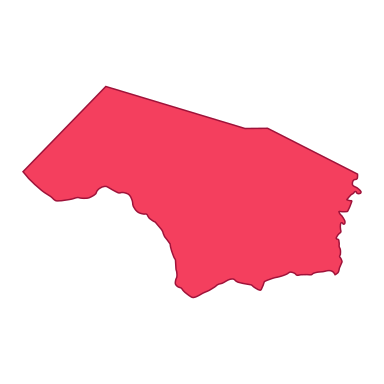 outline of Virginia, Lempira, Honduras
{"feature_id": "27666195B15958478050102", "entity_name": "Virginia", "entity_type": "district", "adm_level": 2, "iso_a3": "HND", "parent_name": "Honduras", "parent_adm1": "Lempira", "projection": "albers", "projection_center": [-88.553, 14.007], "detail": "fine", "context": "isolated", "style": "filled", "palette": "rose", "viewbox_px": 384, "rotation_deg": 0, "n_neighbors": 0, "source": "geoboundaries", "source_scale": "gbopen_adm2", "svg_char_len": 6023}
<svg xmlns="http://www.w3.org/2000/svg" viewBox="0 0 384 384"><path d="M105.8,86.5L23.0,171.7L27.3,176.8L28.6,178.4L29.6,179.4L32.6,182.3L34.7,184.4L36.7,186.1L40.1,189.1L41.0,189.9L42.0,190.7L44.4,192.5L49.9,196.0L50.8,196.6L52.2,197.8L53.9,199.5L54.5,199.9L55.2,200.4L55.8,200.7L56.4,200.8L57.1,200.9L59.4,200.8L61.6,200.7L64.9,200.2L69.0,199.6L71.1,199.2L72.1,199.0L73.8,198.5L75.6,197.9L76.5,197.7L77.2,197.6L77.8,197.5L78.2,197.6L78.7,197.6L80.1,198.0L80.9,198.1L81.8,198.2L83.1,198.3L84.7,198.3L86.9,198.2L87.7,198.1L88.6,197.9L89.3,197.7L89.9,197.4L91.0,196.9L92.3,196.2L93.7,195.4L94.5,194.8L95.1,194.3L95.7,193.8L96.0,193.4L96.1,193.0L96.4,192.3L96.6,191.8L96.9,191.1L97.3,190.6L97.8,190.0L98.4,189.3L98.9,188.9L99.6,188.4L100.8,187.7L101.9,187.1L102.5,186.9L103.4,186.7L104.1,186.5L104.9,186.4L105.5,186.4L106.0,186.4L106.5,186.5L107.0,186.7L108.3,187.4L112.2,189.7L116.1,191.8L118.2,192.8L118.8,192.9L119.4,192.9L120.1,192.9L121.0,192.6L121.8,192.5L122.9,192.5L123.8,192.6L125.1,192.9L126.4,193.3L127.6,193.8L128.1,194.0L128.5,194.3L129.2,194.9L129.6,195.3L130.1,196.0L130.7,196.9L131.2,198.0L131.8,199.4L132.3,200.9L132.6,202.4L132.8,204.5L133.0,205.2L133.2,206.0L133.8,207.2L134.5,208.3L135.3,209.6L136.0,210.4L137.0,211.4L138.0,212.2L138.9,212.7L140.1,213.2L141.4,213.6L143.3,214.0L144.1,214.1L145.2,214.0L145.8,214.0L146.5,214.2L146.9,214.4L147.1,214.6L147.3,214.9L147.5,215.2L147.7,215.8L148.2,216.6L148.8,217.6L149.3,218.2L150.0,218.8L152.2,220.4L153.6,221.3L154.9,221.9L155.3,222.2L155.5,222.4L156.2,223.2L157.7,225.0L160.5,228.3L161.4,229.4L162.0,230.3L162.4,231.0L162.6,231.5L162.9,232.1L163.2,233.3L163.5,234.1L164.1,235.5L164.6,236.6L165.1,237.3L167.2,239.9L169.5,243.1L169.9,243.6L170.1,243.9L170.2,244.6L170.4,246.1L170.6,247.2L171.5,250.5L172.0,252.0L172.6,253.7L173.8,256.9L174.4,258.1L175.1,259.2L175.4,259.7L175.5,260.6L175.7,264.1L176.0,269.0L176.1,269.7L176.6,271.4L176.8,272.6L176.9,273.8L177.0,275.0L176.9,276.2L176.8,277.2L176.6,277.7L176.1,278.8L175.8,279.6L175.6,280.5L175.4,281.6L175.3,282.5L175.3,283.1L175.4,283.9L175.6,284.4L175.9,284.9L176.5,285.6L177.1,286.2L177.8,286.7L178.3,287.0L178.8,287.2L179.3,287.4L180.1,287.6L180.5,287.7L180.9,287.9L181.3,288.2L182.0,288.9L182.9,290.2L183.5,290.9L184.9,292.3L187.3,294.2L189.3,295.7L190.4,296.4L191.5,297.1L192.4,297.4L193.1,297.5L193.5,297.5L194.0,297.4L195.2,297.1L195.8,296.9L197.4,296.2L199.5,295.1L201.7,293.8L202.8,293.2L204.5,292.4L207.4,291.2L208.9,290.5L210.0,289.9L212.6,288.3L214.5,287.1L215.5,286.4L216.5,285.5L217.1,285.0L218.2,284.4L218.6,284.2L219.2,284.0L221.0,283.6L222.3,283.2L223.9,282.4L226.1,281.1L227.7,280.2L228.6,279.8L229.4,279.5L230.4,279.2L231.1,279.1L232.0,279.0L232.8,279.0L233.4,279.1L233.9,279.3L234.4,279.6L234.8,279.9L235.6,280.8L236.5,281.4L237.2,281.8L238.0,282.2L242.9,283.4L251.4,284.9L251.8,285.2L252.9,286.2L253.7,286.9L255.5,288.1L257.4,289.2L258.1,289.6L258.8,289.8L259.7,290.1L260.3,290.2L260.6,290.1L260.9,289.9L261.1,289.6L261.4,289.2L262.3,287.1L263.2,285.1L263.6,283.8L264.1,282.2L264.3,281.9L264.5,281.6L264.9,281.3L266.9,280.4L268.2,279.9L271.8,278.6L273.3,278.1L275.1,277.6L277.7,277.1L279.7,276.6L281.1,276.2L282.7,275.7L285.1,274.8L286.7,274.1L287.6,273.6L288.8,272.7L289.4,272.4L290.0,272.1L290.6,272.1L291.6,272.2L293.1,272.6L294.0,273.0L294.6,273.3L295.2,273.7L295.7,274.2L296.2,274.8L296.5,275.0L297.0,275.2L297.6,275.3L298.5,275.2L300.4,274.8L301.2,274.7L301.9,274.7L307.1,274.6L309.9,274.8L311.1,274.8L311.5,274.6L311.8,274.5L312.1,274.3L312.8,273.7L313.2,273.4L313.7,273.2L315.2,272.7L316.5,272.4L317.4,272.2L318.2,272.1L321.4,271.8L322.8,271.7L323.9,271.5L326.4,270.9L327.4,270.7L328.3,270.6L329.5,270.6L330.5,270.7L331.5,271.0L332.3,271.4L333.0,271.9L333.6,272.4L334.3,273.4L335.1,274.7L336.0,274.2L336.7,273.7L337.6,273.0L338.0,272.6L338.4,271.9L338.7,271.2L339.0,270.0L339.3,268.6L339.5,267.8L342.0,262.0L342.0,261.7L342.0,261.4L341.7,260.4L341.0,258.8L340.6,258.1L339.8,257.1L339.7,256.8L339.6,256.5L339.6,256.1L339.7,255.8L340.2,254.8L340.4,254.4L340.4,254.0L340.5,252.6L340.5,251.1L340.4,250.0L340.2,249.0L339.9,248.3L339.4,247.3L339.2,246.6L339.1,245.9L339.2,244.4L339.2,243.2L339.0,241.8L338.8,240.4L338.8,240.2L338.6,239.9L338.4,239.6L338.1,239.4L337.8,239.2L336.9,239.1L336.6,238.9L336.4,238.7L336.3,238.4L336.3,238.2L336.3,237.9L336.4,237.4L336.7,236.9L337.3,235.9L338.0,234.8L338.5,234.3L339.0,233.7L339.5,233.3L340.4,232.6L340.7,232.2L340.8,231.9L340.9,231.5L340.9,231.1L340.6,229.8L340.5,228.9L340.4,227.9L340.3,226.7L340.4,225.4L340.4,224.8L340.6,223.9L340.8,223.3L341.0,223.0L341.3,222.8L341.7,222.8L342.0,222.8L342.3,222.9L342.5,223.1L342.7,223.3L342.9,223.7L343.2,224.0L343.4,224.1L343.6,224.1L343.9,224.1L344.1,224.1L344.5,223.8L344.7,223.6L344.8,223.4L344.9,222.8L345.0,222.0L344.9,221.4L344.8,220.9L344.3,219.9L343.2,217.9L342.5,216.9L341.7,215.7L341.1,215.2L340.7,214.8L340.3,214.4L339.9,213.8L339.4,213.1L339.1,212.2L339.0,211.6L339.6,211.4L341.0,211.6L342.2,211.7L344.9,211.7L346.6,211.6L347.2,211.5L347.4,211.4L347.7,211.1L348.3,209.9L349.7,207.0L350.8,204.1L351.5,202.2L351.8,201.2L351.7,201.0L351.6,200.8L351.3,200.7L351.0,200.7L350.2,200.7L349.3,200.5L348.2,200.2L347.0,199.8L346.9,199.7L347.0,199.4L348.9,197.1L351.0,194.8L351.5,194.4L352.5,193.9L353.2,193.4L353.7,193.0L354.3,192.1L354.7,191.8L355.0,191.6L355.5,191.5L355.8,191.6L356.0,191.7L356.2,191.8L356.3,192.0L356.6,192.7L356.9,193.1L357.1,193.3L357.4,193.4L357.9,193.6L358.3,193.7L358.6,193.7L359.3,193.6L359.7,193.5L360.5,193.2L360.8,192.8L360.9,192.6L361.0,192.2L361.0,191.9L360.9,191.5L360.6,191.1L360.1,190.4L358.9,189.3L357.2,187.9L356.1,187.3L354.4,186.5L353.9,186.2L353.4,185.9L353.0,185.5L352.8,185.2L352.5,184.8L352.4,184.4L352.4,184.0L352.4,183.3L352.5,182.2L352.7,181.8L352.9,181.1L353.1,180.8L353.3,180.5L353.8,180.0L354.1,179.8L354.5,179.6L355.0,179.5L355.9,179.4L356.2,179.3L356.4,179.2L356.7,179.0L356.9,178.8L357.1,178.6L357.3,178.3L357.4,177.9L357.5,176.9L357.6,175.2L357.5,174.1L267.6,128.3L245.0,128.5L105.8,86.5Z" fill="#f43f5e" stroke="#9f1239" stroke-width="1.5"/></svg>